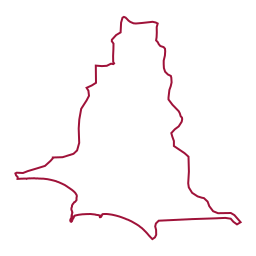 Maldonado, Maldonado, Uruguay (Albers equal-area conic projection)
{"feature_id": "84410073B43409820231729", "entity_name": "Maldonado", "entity_type": "district", "adm_level": 2, "iso_a3": "URY", "parent_name": "Uruguay", "parent_adm1": "Maldonado", "projection": "albers", "projection_center": [-55.013, -34.833], "detail": "fine", "context": "isolated", "style": "outline", "palette": "rose", "viewbox_px": 256, "rotation_deg": 0, "n_neighbors": 0, "source": "geoboundaries", "source_scale": "gbopen_adm2", "svg_char_len": 4061}
<svg xmlns="http://www.w3.org/2000/svg" viewBox="0 0 256 256"><path d="M17.5,178.9L21.2,178.7L22.0,178.7L23.8,178.6L24.7,178.6L25.8,178.6L26.3,178.6L26.6,178.8L26.7,178.7L26.9,178.7L27.1,178.6L27.4,178.5L28.6,178.4L29.0,178.4L29.5,178.3L29.8,178.4L32.9,178.3L33.1,178.3L33.4,178.3L33.6,178.3L33.8,178.2L34.1,178.2L34.3,178.2L34.5,178.3L34.9,178.4L35.2,178.4L35.4,178.4L35.8,178.4L36.0,178.5L36.4,178.5L36.9,178.4L37.3,178.4L37.7,178.4L38.1,178.5L38.6,178.5L39.1,178.5L39.4,178.6L40.0,178.6L43.5,178.7L47.6,179.2L51.0,179.9L53.9,180.6L55.3,181.0L55.8,181.1L56.5,181.4L57.4,181.8L58.2,182.0L58.7,182.2L62.7,184.0L63.4,184.4L64.4,184.8L64.9,185.1L65.5,185.5L66.9,186.4L68.3,187.4L68.8,187.7L70.4,188.8L70.8,189.1L71.6,189.6L72.2,190.1L72.5,190.3L72.8,190.6L73.1,190.8L74.0,191.6L74.6,192.2L74.9,192.5L75.1,192.7L75.6,193.4L76.7,195.2L76.8,196.5L76.5,197.8L76.5,200.1L75.1,201.9L74.4,202.1L74.1,202.4L73.8,202.7L73.5,203.4L73.0,203.9L72.8,204.0L72.5,204.6L72.4,204.7L72.0,205.6L72.0,206.5L71.4,208.2L71.4,209.8L71.8,210.6L72.2,211.8L72.1,212.2L72.4,212.7L71.9,214.3L71.7,215.0L71.9,215.2L71.6,215.9L71.8,216.1L71.7,216.3L71.8,216.5L71.5,216.8L71.5,217.1L71.5,217.4L71.4,217.7L71.3,218.0L71.1,218.2L70.8,218.8L71.0,219.0L70.6,219.1L70.3,220.0L70.5,220.1L70.5,220.4L70.5,220.7L70.6,220.9L70.5,221.1L70.6,221.3L70.6,221.5L70.9,221.7L71.3,221.8L71.5,221.6L71.7,221.2L71.9,221.1L71.8,220.6L71.8,220.0L72.1,220.1L72.3,220.0L72.5,219.8L72.4,219.5L72.4,219.4L72.5,219.2L72.8,218.8L72.8,218.6L73.0,218.6L73.3,218.4L73.4,218.0L73.7,217.0L74.0,216.9L74.2,216.3L74.2,216.1L74.4,216.0L74.5,216.1L74.7,215.9L74.7,215.7L74.8,215.6L78.5,214.8L82.4,214.3L86.4,214.1L90.4,214.0L95.1,214.5L95.9,214.8L96.8,214.9L97.2,215.0L97.6,215.0L98.4,215.1L99.1,215.3L99.4,215.4L99.7,215.7L99.8,215.8L99.9,216.0L99.7,216.3L99.8,216.6L99.8,216.9L99.9,217.2L100.1,217.2L100.4,217.2L100.7,217.1L100.7,216.9L100.8,216.8L101.1,216.6L101.4,216.3L101.5,216.1L101.3,216.0L101.2,215.8L101.3,215.4L101.5,215.4L101.7,215.2L102.0,215.0L102.2,214.7L102.4,214.5L102.5,214.2L102.9,214.1L104.3,214.0L105.9,214.0L106.5,214.0L107.9,214.1L110.1,214.4L112.1,214.7L113.9,215.1L115.2,215.4L116.4,215.7L119.3,216.5L121.9,217.4L125.1,218.6L126.4,219.2L128.2,219.8L130.0,220.7L130.5,220.9L131.1,221.2L131.4,221.3L131.7,221.5L132.4,221.9L133.1,222.3L133.8,222.7L135.0,223.4L136.4,224.2L138.6,225.6L139.4,226.2L140.2,226.9L140.9,227.4L141.6,227.9L142.0,228.2L142.5,228.7L143.0,229.2L143.6,229.7L144.8,231.0L145.2,231.3L145.7,231.8L146.0,232.2L146.2,232.4L146.6,232.8L147.0,233.2L147.3,233.6L148.2,234.6L148.5,235.0L148.9,235.5L149.5,236.1L150.1,236.7L150.2,236.9L150.3,237.0L150.9,237.6L151.4,238.1L151.9,238.7L152.4,239.1L154.9,237.4L156.2,234.8L156.1,230.0L155.2,226.4L155.9,223.5L158.7,220.7L192.3,219.1L216.4,218.3L225.3,217.9L230.7,218.7L233.4,221.8L237.0,224.4L238.0,223.8L240.6,222.2L234.4,215.1L230.8,213.0L218.0,213.2L213.1,211.2L209.3,206.2L207.6,201.6L203.9,198.1L201.8,197.7L197.6,196.4L192.1,192.8L188.8,187.4L188.2,183.3L188.9,171.6L188.5,156.7L184.6,153.2L173.9,146.0L173.9,141.0L172.3,136.6L171.3,133.1L174.8,129.3L178.7,126.4L181.7,121.7L182.2,119.1L181.9,117.5L180.7,116.3L179.8,113.3L178.7,111.2L172.4,104.7L168.5,99.5L168.5,97.6L169.4,89.9L170.7,86.3L171.6,82.4L171.3,77.6L170.8,75.9L167.9,74.5L165.1,71.7L163.9,68.0L163.7,64.2L163.7,60.6L164.9,55.6L165.2,51.4L165.0,48.7L163.6,47.1L160.3,46.0L158.7,44.1L157.8,42.2L156.1,40.4L156.6,37.2L156.8,32.7L156.7,27.1L157.3,25.0L157.7,23.5L155.7,22.5L152.6,21.8L150.0,22.1L141.8,23.0L135.9,23.5L133.5,23.3L130.3,21.9L128.5,20.6L127.2,19.2L125.6,17.6L123.9,16.9L122.5,17.7L121.1,22.6L120.6,32.4L116.2,35.0L111.9,39.7L111.8,41.2L113.5,43.6L113.4,49.3L113.1,56.0L113.2,61.9L114.1,63.4L113.3,64.1L111.0,63.7L106.8,65.8L101.8,66.1L95.8,65.6L96.0,82.8L91.7,85.5L86.6,87.8L88.4,90.7L89.0,95.8L86.6,100.4L81.2,108.8L79.3,119.4L78.7,128.5L79.2,142.9L77.1,150.4L73.5,153.8L62.6,157.2L52.8,157.5L52.8,158.3L50.5,160.9L45.0,165.9L36.9,168.4L27.8,171.1L23.0,173.0L16.7,172.7L15.4,173.4L16.1,175.4L17.7,177.1L17.5,178.9Z" fill="none" stroke="#9f1239" stroke-width="2"/></svg>